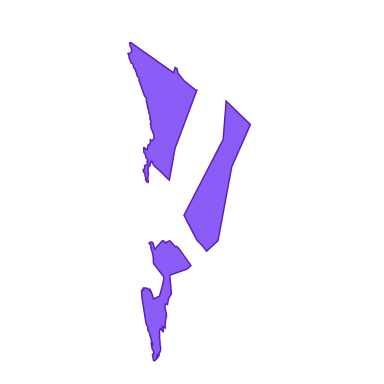 Kópavogsbær, Höfuðborgarsvæði, Iceland, rotated 259°
{"feature_id": "244011B4103585132621", "entity_name": "Kópavogsbær", "entity_type": "district", "adm_level": 2, "iso_a3": "ISL", "parent_name": "Iceland", "parent_adm1": "Höfuðborgarsvæði", "projection": "robinson", "projection_center": [-21.781, 64.044], "detail": "fine", "context": "isolated", "style": "filled", "palette": "violet", "viewbox_px": 384, "rotation_deg": 259, "n_neighbors": 0, "source": "geoboundaries", "source_scale": "gbopen_adm2", "svg_char_len": 5733}
<svg xmlns="http://www.w3.org/2000/svg" viewBox="0 0 384 384"><g transform="rotate(259 192 192)"><path d="M291.1,216.2L291.4,214.9L302.9,205.3L311.4,200.9L316.1,200.8L317.4,199.2L312.5,196.7L350.2,160.6L350.5,159.9L350.3,159.3L350.2,159.1L349.0,159.3L347.4,159.1L347.1,159.1L344.2,159.8L343.3,160.0L342.9,160.0L341.6,159.3L341.0,158.8L340.2,158.1L339.9,157.6L340.0,157.0L340.3,156.3L340.3,155.7L339.8,155.5L339.4,155.6L339.0,155.8L338.3,156.0L337.4,156.1L335.3,155.9L334.6,156.0L334.1,156.3L332.4,156.6L331.1,156.6L330.1,157.1L329.2,158.1L328.8,158.3L328.3,158.4L326.3,158.4L325.5,158.6L324.8,158.8L324.2,159.1L323.5,159.6L321.6,159.7L320.6,160.0L319.7,160.2L317.9,160.3L317.0,160.3L316.2,160.4L315.2,161.0L314.5,161.6L313.1,161.7L312.2,161.4L311.7,161.3L295.4,163.7L292.5,165.2L292.2,165.3L291.8,165.2L291.4,164.9L289.9,164.5L286.3,164.7L285.9,164.8L285.3,165.1L285.2,165.1L284.9,164.9L284.9,164.7L284.7,164.6L283.6,164.5L283.2,164.6L282.6,164.6L281.6,164.9L281.1,164.9L279.5,164.8L278.3,164.9L277.6,164.8L277.0,164.9L276.7,165.1L275.1,165.2L274.3,165.2L273.9,165.3L273.6,165.3L272.8,165.0L272.5,165.2L271.9,165.1L272.0,164.9L271.8,164.6L271.3,164.7L271.0,164.7L270.5,165.0L270.2,165.1L268.1,165.0L267.7,164.9L267.7,164.7L267.3,164.3L266.2,164.1L265.6,164.2L265.1,164.5L264.6,164.5L263.3,164.1L262.3,164.2L261.1,164.2L260.8,164.3L260.6,164.7L259.7,164.7L259.0,165.0L257.5,164.9L256.8,165.2L255.8,165.4L254.7,165.4L253.7,165.3L252.9,165.0L251.3,164.7L251.2,164.6L251.2,164.1L251.1,163.9L250.6,163.6L250.2,163.4L249.8,163.1L249.8,162.8L250.3,162.0L250.8,161.6L251.5,161.3L251.5,161.2L251.2,160.9L250.6,160.8L250.4,160.9L249.8,161.1L249.1,160.8L248.5,160.4L248.4,160.3L248.1,160.2L247.8,159.9L246.7,159.6L246.5,159.4L246.5,159.1L246.6,158.5L246.6,158.3L246.3,157.8L244.9,157.2L244.6,157.0L243.9,157.0L243.7,156.8L243.5,156.6L243.5,156.4L243.4,156.3L242.6,156.2L242.2,156.0L242.3,155.8L242.2,155.8L242.3,155.4L242.6,154.9L244.1,154.2L244.6,153.8L244.8,153.1L242.4,152.6L240.4,152.3L239.6,152.5L239.0,152.9L237.5,153.4L236.8,153.3L235.8,153.3L234.6,153.5L233.8,153.6L233.5,153.7L233.4,153.9L233.1,154.4L232.9,154.5L232.5,154.6L231.0,154.6L230.7,154.5L230.6,154.4L230.7,153.7L228.1,153.5L227.5,153.4L227.0,153.1L227.2,151.9L227.1,150.8L227.0,150.6L226.5,150.4L225.4,150.3L224.2,149.9L223.5,149.5L222.6,148.9L222.6,148.7L223.0,148.4L222.0,148.2L220.7,148.4L219.4,149.2L219.0,149.3L217.1,149.1L215.8,149.2L214.4,149.3L213.6,149.0L213.1,148.8L212.7,148.8L212.4,148.9L211.9,149.2L211.4,149.4L210.8,149.5L210.6,149.7L210.4,149.9L210.2,150.1L209.7,150.5L210.2,150.9L210.9,151.0L211.2,151.2L211.5,151.2L212.0,151.2L213.1,151.3L213.4,151.2L214.0,151.2L214.2,151.3L214.9,151.5L215.0,151.6L215.4,151.8L216.3,152.1L216.9,152.2L217.2,152.5L217.6,152.6L218.2,152.8L219.6,152.8L220.9,152.9L221.2,152.7L223.9,153.7L225.4,154.2L225.3,154.6L225.5,154.7L225.6,155.0L226.0,155.2L225.8,155.7L226.1,155.9L227.0,156.2L227.5,156.2L227.6,156.4L227.9,156.6L228.3,156.7L228.5,156.8L228.6,157.1L229.8,157.5L229.6,158.5L225.4,159.5L217.5,165.5L212.7,168.6L208.0,172.0L237.9,183.6L291.1,216.2ZM131.1,195.0L139.2,208.2L209.1,235.8L247.1,262.2L274.7,242.9L237.6,232.6L170.7,179.7L165.5,181.4L164.3,181.5L143.4,187.8L137.4,191.9L131.1,195.0ZM66.3,122.4L66.2,122.5L64.5,122.4L63.5,122.7L63.0,123.0L62.4,123.1L62.1,123.2L59.9,123.7L59.7,123.6L59.3,123.3L58.0,123.5L57.3,123.7L55.9,123.7L55.5,123.8L55.1,124.0L53.9,124.0L53.7,123.9L53.6,123.7L53.0,123.8L52.7,123.7L52.4,123.8L52.2,124.0L52.1,123.8L51.3,123.7L51.0,123.5L50.9,123.6L51.3,123.9L51.1,124.2L50.7,124.3L49.4,124.1L49.5,123.5L50.3,123.4L50.5,123.3L50.7,123.0L46.6,123.0L44.9,123.2L42.9,123.8L42.3,123.9L41.3,123.8L40.7,123.8L40.5,123.4L40.3,123.2L40.3,122.6L40.1,122.3L40.0,122.2L39.1,122.1L35.8,122.1L34.8,122.2L34.1,122.1L33.7,122.4L33.5,122.7L33.5,123.0L33.7,123.5L33.8,123.7L33.9,123.9L34.0,124.1L34.1,124.3L34.4,124.7L34.7,125.1L35.2,125.6L35.5,125.8L35.5,126.2L35.6,126.5L35.9,126.8L36.0,126.8L36.3,125.7L37.4,125.8L37.7,126.0L38.0,126.4L38.0,126.8L38.7,127.3L38.8,127.3L38.0,127.4L38.0,127.5L39.0,127.6L39.0,127.9L39.0,128.1L37.7,128.3L37.7,128.2L37.6,127.4L37.4,127.3L37.5,128.4L37.6,128.5L39.0,128.4L39.1,128.8L39.5,128.9L40.2,129.0L40.4,129.5L40.9,129.9L42.8,130.9L44.6,131.4L45.6,131.5L46.9,131.5L47.9,131.5L49.2,131.7L50.6,132.0L52.8,132.1L53.4,132.2L54.1,132.4L54.7,132.3L55.5,132.3L58.0,133.0L59.5,133.2L61.9,133.5L62.1,133.6L62.3,133.8L62.4,134.1L62.6,134.3L63.0,134.9L63.8,134.7L64.0,134.7L64.7,134.6L63.9,134.8L63.2,135.6L62.6,136.0L61.0,136.4L60.6,136.7L60.4,137.0L61.0,137.4L62.1,137.6L63.1,137.6L65.6,137.2L65.5,137.5L65.3,137.8L64.4,138.5L64.0,139.1L63.7,139.5L63.6,139.9L66.2,140.3L68.6,140.8L73.5,142.5L74.9,142.9L74.7,143.2L75.4,143.3L76.6,143.5L78.3,143.6L81.7,143.4L83.2,143.4L85.0,143.7L86.9,144.2L87.1,144.3L86.3,146.5L92.0,148.7L96.1,152.4L114.6,154.3L117.3,172.6L120.0,176.9L138.4,168.6L141.5,166.7L141.4,165.3L148.3,161.0L147.9,157.9L147.5,157.5L147.0,156.0L148.2,155.6L148.7,155.4L149.1,155.0L149.5,154.6L149.7,154.2L149.7,153.7L149.6,153.3L149.3,152.8L142.9,144.6L143.5,144.4L148.8,144.1L149.1,143.9L149.9,143.7L150.0,143.5L150.0,143.2L150.6,142.9L150.6,142.6L150.7,142.4L150.7,142.1L150.5,141.6L150.6,141.4L150.3,141.1L150.2,140.7L150.2,140.3L150.2,140.1L149.8,140.0L149.4,140.2L148.7,140.7L147.8,141.1L147.2,141.4L145.0,141.0L139.8,141.5L136.9,141.6L134.5,141.4L130.7,140.7L129.1,140.6L113.7,148.3L107.6,145.9L96.0,140.3L94.4,133.8L97.3,133.6L99.5,133.3L102.7,132.7L104.1,132.2L103.1,131.9L103.9,131.5L104.7,130.8L105.5,130.1L105.9,129.6L106.3,129.0L106.5,128.4L107.1,126.0L106.0,125.8L105.5,125.8L105.1,125.6L105.2,125.2L105.8,124.7L105.5,124.4L105.3,124.5L104.4,123.6L97.6,122.7L71.8,121.8L67.1,122.9L66.3,122.4Z" fill="#8b5cf6" stroke="#5b21b6" stroke-width="1.5"/></g></svg>